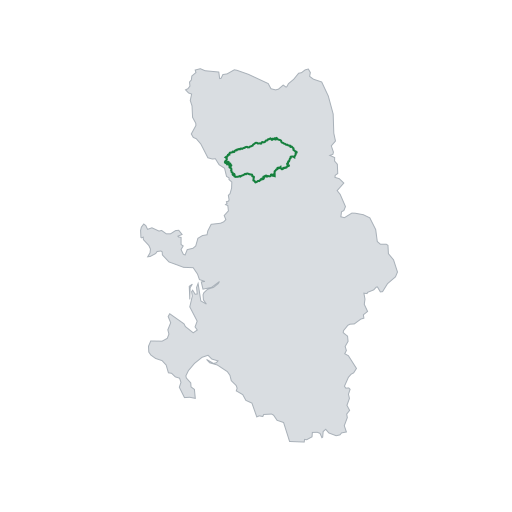 location of Khmel'nyts'kyy within Ukraine, rotated 73°
{"feature_id": "UKR-290", "entity_name": "Khmel'nyts'kyy", "entity_type": "Region", "adm_level": 1, "iso_a3": "UKR", "parent_name": "Ukraine", "parent_adm1": "", "projection": "mercator", "projection_center": [26.972, 49.519], "detail": "fine", "context": "in_parent", "style": "outline", "palette": "green", "viewbox_px": 512, "rotation_deg": 73, "n_neighbors": 0, "source": "natural_earth", "source_scale": "10m", "svg_char_len": 9354}
<svg xmlns="http://www.w3.org/2000/svg" viewBox="0 0 512 512"><g transform="rotate(73 256 256)"><path d="M340.7,346.2L345.8,354.1L350.1,358.1L352.3,358.3L358.3,355.5L362.2,356.4L365.6,353.9L374.4,355.7L371.7,360.7L370.5,365.8L359.1,367.7L354.9,364.7L350.5,364.8L348.0,368.5L343.5,371.0L342.1,373.9L334.0,373.8L328.6,376.4L324.6,382.0L320.0,385.5L316.5,386.6L310.9,385.2L306.5,381.5L310.0,370.7L308.8,364.9L305.2,362.1L300.8,361.9L294.9,357.1L288.2,357.7L286.0,355.4L299.8,344.7L302.8,344.2L311.1,338.5L309.6,333.8L306.0,335.0L301.1,331.3L285.3,334.2L275.7,328.6L271.3,328.0L270.2,326.6L274.8,325.4L275.1,323.3L268.7,322.0L265.3,319.4L282.8,321.9L287.5,317.5L282.6,319.1L277.7,318.0L275.9,316.6L273.7,312.1L273.6,305.8L271.4,300.2L269.7,298.4L273.0,307.6L272.2,316.4L264.8,315.9L265.4,312.3L262.0,317.0L256.2,317.2L248.8,319.5L245.7,328.5L236.2,341.0L227.6,345.2L224.6,344.5L223.4,345.5L222.8,349.3L224.3,351.2L225.5,357.3L225.1,359.8L222.0,356.4L218.5,354.9L214.6,355.4L207.4,358.9L205.0,358.3L205.2,360.1L204.5,360.6L197.8,358.9L194.9,357.2L192.6,354.0L194.7,352.5L198.8,351.9L198.6,347.3L203.8,341.5L204.0,338.8L208.6,335.3L209.8,331.3L208.2,325.5L208.8,322.4L213.8,320.4L214.2,324.9L215.2,324.5L216.3,322.2L223.1,324.3L225.1,322.7L227.9,325.8L233.1,325.0L234.3,323.5L229.8,319.9L230.2,314.0L228.8,310.7L222.1,306.4L220.8,301.2L221.4,296.6L218.0,294.8L212.6,289.6L214.3,280.4L213.9,276.9L212.4,274.2L208.0,274.6L204.8,269.2L199.5,268.2L198.0,270.1L197.2,268.3L195.4,268.4L195.5,266.1L194.3,265.3L189.9,264.7L188.8,262.6L184.0,259.5L178.2,257.5L175.0,259.5L173.5,258.9L171.2,260.9L162.9,260.4L157.9,264.6L151.1,266.4L150.5,269.4L148.0,273.3L132.8,276.0L126.4,278.8L124.3,281.3L120.4,282.2L113.6,275.3L111.5,274.8L104.8,276.1L93.8,273.3L88.1,273.4L82.3,270.2L80.4,272.8L76.5,274.8L76.1,272.1L74.2,269.5L70.2,268.7L68.8,266.4L65.1,264.7L63.0,259.8L60.4,259.8L60.6,254.5L63.9,250.6L69.2,237.8L75.7,238.9L75.9,237.5L72.8,234.6L73.4,230.4L71.6,222.3L72.8,220.0L80.0,210.2L94.7,193.9L100.4,192.8L102.9,188.7L103.0,185.7L100.5,180.0L103.3,177.9L103.1,177.0L100.7,174.6L98.0,168.2L93.7,161.8L94.0,158.9L92.4,154.6L92.5,151.3L96.4,150.4L99.9,152.2L103.7,149.4L108.8,142.3L124.2,140.1L142.8,140.7L161.3,145.7L169.3,146.4L172.7,151.8L179.3,151.6L181.2,152.7L181.4,156.0L184.9,152.0L188.2,153.1L192.0,151.4L201.0,153.7L202.0,156.7L203.9,157.5L206.4,153.8L211.9,150.7L217.2,159.3L221.7,157.5L234.9,156.0L238.2,158.7L238.7,161.3L243.3,163.4L245.2,160.2L243.0,151.8L244.1,148.6L247.9,141.3L252.8,136.0L265.7,133.8L277.6,135.8L281.1,133.6L282.8,128.0L284.4,126.7L292.5,128.7L299.9,125.6L312.7,125.4L316.7,128.7L320.9,138.3L327.1,145.4L326.7,147.6L321.1,148.9L320.9,150.1L322.8,153.3L323.4,160.0L324.4,160.8L323.1,163.7L329.1,164.4L333.9,166.6L341.6,165.5L343.6,170.5L347.0,171.0L347.0,174.3L349.7,181.9L348.7,186.0L349.1,188.4L353.0,194.2L354.8,195.0L359.5,191.9L364.5,192.9L368.6,197.2L372.8,197.2L375.4,199.7L378.4,196.8L392.9,192.8L396.3,196.8L396.8,199.5L399.0,203.1L406.4,209.5L408.6,208.8L409.3,205.9L411.0,205.0L415.2,208.0L419.5,208.3L425.4,212.7L431.0,211.6L433.7,215.5L437.2,215.9L444.1,221.2L450.7,221.0L450.2,225.9L451.6,228.0L451.3,231.9L446.5,238.1L442.1,240.0L443.5,243.1L448.7,245.2L449.0,246.1L444.4,246.6L442.5,248.9L441.2,253.7L445.3,255.3L446.5,261.3L445.6,263.2L448.0,264.3L443.2,278.1L423.3,278.3L419.3,283.9L413.4,285.7L411.7,287.3L409.8,295.0L411.5,296.4L409.8,299.6L410.1,302.3L395.5,302.9L391.1,307.9L384.7,309.2L379.2,314.3L376.9,312.7L374.1,312.8L368.0,316.1L362.5,315.8L358.2,317.2L348.9,324.9L344.6,331.5L340.5,333.5L346.3,328.1L346.5,325.2L345.2,323.0L341.6,328.4L336.9,330.9L337.1,337.2L340.7,346.2ZM278.2,332.0L265.5,328.7L264.3,325.1L267.1,328.3L278.2,332.0Z" fill="#d9dde1" stroke="#a8b0b8" stroke-width="1"/><path d="M170.4,188.3L170.7,188.5L171.1,189.0L171.6,189.4L171.9,190.1L172.2,190.3L172.8,190.5L172.0,191.2L171.7,191.6L171.2,193.3L171.2,193.6L171.3,193.9L171.5,194.0L172.3,194.1L172.5,194.3L172.6,194.5L172.7,194.9L172.9,195.2L175.0,196.6L175.1,196.8L174.9,197.1L174.9,197.3L175.1,197.5L175.5,197.4L175.6,197.5L175.8,198.0L176.7,198.3L176.8,198.6L176.8,199.2L177.1,199.3L178.2,199.3L178.3,199.2L178.5,198.7L178.9,198.1L179.0,198.1L179.3,198.1L179.4,198.3L179.5,198.8L179.4,199.7L179.4,199.9L180.3,201.0L180.3,201.3L180.3,201.6L179.9,202.0L179.9,202.3L180.3,202.7L180.3,202.8L180.3,203.0L179.9,203.5L179.7,204.1L179.8,204.3L180.0,204.5L180.4,204.6L180.6,204.8L180.7,205.3L180.6,205.7L180.6,205.9L180.5,206.0L180.0,206.1L179.7,206.5L179.2,206.7L178.0,206.5L178.1,206.8L178.7,207.9L178.8,208.4L178.8,208.5L178.3,208.6L178.1,208.7L178.0,209.6L178.1,209.8L179.0,210.2L179.2,210.4L179.3,210.7L179.2,211.0L179.2,211.3L180.2,212.6L180.3,213.2L180.6,213.5L185.1,214.8L184.7,215.4L183.9,215.5L184.4,215.9L184.4,216.0L184.1,216.6L183.7,216.8L182.9,216.7L182.8,216.9L182.6,217.3L182.5,217.6L182.6,217.9L183.3,218.2L183.6,218.5L183.9,218.8L183.9,219.2L183.8,219.6L183.2,221.0L182.9,221.3L182.9,221.5L183.3,222.0L183.3,222.4L183.1,222.7L182.9,222.8L182.5,222.6L182.1,222.7L182.0,223.1L182.0,223.6L182.1,224.0L182.7,224.4L182.8,224.6L182.4,225.0L182.3,225.6L182.6,225.9L182.8,225.9L184.2,225.9L184.3,226.1L184.5,226.4L184.6,226.8L184.6,227.1L183.8,227.4L183.7,227.5L183.7,227.8L183.9,228.3L184.0,228.7L184.0,228.9L184.2,229.0L184.6,229.1L184.8,229.5L184.7,230.1L184.8,230.3L185.1,230.7L185.3,231.0L185.2,231.3L185.0,231.6L184.8,231.9L184.8,232.2L184.9,232.6L185.2,233.1L185.3,233.4L185.4,234.2L185.5,234.8L185.5,235.0L185.4,235.1L185.2,235.2L184.3,235.3L183.8,235.5L183.7,235.7L183.2,236.2L183.0,236.4L182.4,236.2L181.8,235.8L181.0,235.6L180.5,235.2L180.1,235.0L179.6,234.9L179.3,235.2L178.9,236.0L178.7,236.2L177.6,236.0L177.1,236.0L176.9,236.3L176.5,237.2L176.4,237.7L176.3,237.9L175.9,238.1L175.6,238.9L174.8,239.7L174.6,240.2L174.5,240.5L174.6,241.0L174.8,241.4L174.9,241.7L174.7,242.0L174.3,242.3L174.3,242.6L174.6,243.3L174.9,244.3L175.0,246.3L175.1,246.8L175.5,247.7L175.5,247.8L175.3,248.0L175.0,248.0L174.8,248.1L174.9,249.1L174.9,249.9L174.8,250.7L174.3,252.5L174.0,252.6L173.7,253.2L173.5,253.4L173.2,253.4L172.6,252.9L171.8,252.7L171.3,252.8L171.3,253.3L171.6,253.4L171.8,253.4L171.9,253.6L171.9,254.0L171.8,254.3L171.6,254.4L171.1,254.5L170.9,254.4L170.4,254.1L170.2,254.0L169.4,254.0L169.0,254.6L168.9,254.7L168.7,254.8L167.7,254.7L167.0,254.5L166.7,254.7L166.3,254.3L165.5,254.1L165.0,254.1L164.6,254.3L164.0,255.0L163.7,255.3L163.2,255.4L162.8,255.2L162.5,254.7L162.4,254.1L162.5,253.4L162.3,253.2L162.0,253.1L161.8,253.2L161.6,253.4L161.5,253.7L161.6,254.2L161.6,254.5L161.3,255.1L161.0,255.1L160.8,254.7L160.7,254.1L160.6,253.8L160.3,253.6L160.1,253.6L159.9,253.9L160.0,254.2L160.4,254.6L160.5,254.8L160.4,255.4L160.2,255.6L159.8,255.5L159.5,255.4L158.7,254.8L158.2,254.7L157.8,255.1L157.8,255.4L158.2,255.6L159.1,255.9L159.4,256.1L159.8,256.5L159.9,256.8L159.4,257.0L158.7,257.0L158.3,256.6L158.1,256.5L157.9,256.5L157.7,257.0L158.0,258.1L157.6,258.3L157.1,258.3L156.8,258.1L156.5,257.8L156.2,257.4L155.7,256.2L155.1,255.7L154.7,255.5L153.7,255.8L153.3,255.6L152.7,256.2L152.4,255.4L152.2,254.7L152.5,254.4L152.0,253.8L151.5,253.5L151.1,253.3L151.1,253.0L151.3,252.5L151.3,252.0L151.2,252.0L150.7,252.1L150.6,251.8L150.7,251.5L150.6,251.4L150.0,251.2L149.6,250.8L149.6,250.5L149.8,249.7L149.8,249.0L149.9,248.4L149.8,248.1L149.5,247.8L149.4,247.7L149.7,247.2L149.7,246.8L150.1,246.7L150.1,246.4L149.6,246.2L149.2,245.6L149.1,245.3L149.3,243.6L149.2,243.5L148.7,243.5L148.7,243.4L148.8,242.9L148.9,242.4L148.8,242.1L148.6,241.8L148.6,241.7L148.9,241.4L148.9,241.2L148.8,240.7L149.1,240.5L149.3,240.2L148.8,239.2L148.8,238.9L149.0,238.5L149.4,238.2L149.5,237.8L149.5,237.6L149.4,237.4L149.1,236.6L149.1,236.3L149.1,235.9L149.3,235.3L149.3,235.2L148.9,234.7L148.8,234.4L148.8,234.1L148.9,233.6L148.9,233.0L149.0,232.7L149.2,232.4L149.7,232.2L149.8,232.1L149.9,231.3L150.0,231.0L150.1,230.7L149.7,230.0L149.6,229.6L149.6,229.3L149.7,228.7L149.5,227.9L149.5,227.0L149.3,226.8L148.8,226.4L148.7,226.3L148.2,224.6L147.7,223.4L147.7,223.0L148.1,222.0L148.3,221.8L148.9,221.5L149.0,221.3L149.1,220.8L149.3,219.7L149.4,219.3L149.8,218.9L150.0,218.3L150.0,218.1L149.8,218.0L149.2,217.5L148.9,217.0L148.9,216.8L148.9,216.5L149.1,216.2L149.4,215.9L149.5,215.7L149.6,214.8L149.5,214.2L149.3,213.7L148.8,213.3L148.5,212.8L148.5,212.4L148.7,211.7L148.7,211.3L148.5,211.0L148.1,210.7L147.9,210.3L147.9,210.0L148.0,209.6L148.1,209.2L148.0,208.7L147.8,208.2L147.7,207.9L147.9,207.7L148.2,207.5L149.4,207.1L149.5,207.0L149.6,206.5L149.5,206.4L149.0,206.2L148.7,206.0L148.7,205.8L148.8,205.7L149.3,205.4L149.4,205.2L149.5,204.7L149.4,204.5L149.0,204.1L148.9,204.0L148.9,203.8L149.1,203.7L150.1,203.6L150.3,203.3L150.4,202.9L150.3,202.7L150.1,202.4L149.9,202.3L149.1,202.1L149.1,201.8L150.6,201.1L151.1,200.8L151.4,200.3L152.3,198.9L152.8,198.5L153.1,198.3L153.4,198.3L154.1,198.4L154.6,198.3L154.9,198.2L155.3,197.8L155.7,197.1L156.7,196.4L157.3,195.4L158.5,194.6L158.6,194.2L158.6,193.9L158.6,193.7L159.6,192.9L159.8,192.7L159.9,192.2L160.3,191.8L160.4,191.7L160.5,191.1L160.6,190.9L160.9,190.9L161.6,191.2L161.8,191.1L161.9,190.8L161.8,190.1L162.0,189.7L163.5,189.1L163.9,188.7L164.1,188.7L164.7,188.8L165.1,189.1L165.4,189.2L165.7,189.1L166.7,188.2L167.8,187.7L168.0,187.0L168.2,186.8L168.3,186.8L168.7,186.8L169.0,186.9L169.1,187.4L169.1,187.9L169.2,188.0L169.3,188.1L170.4,188.3Z" fill="none" stroke="#15803d" stroke-width="2"/></g></svg>